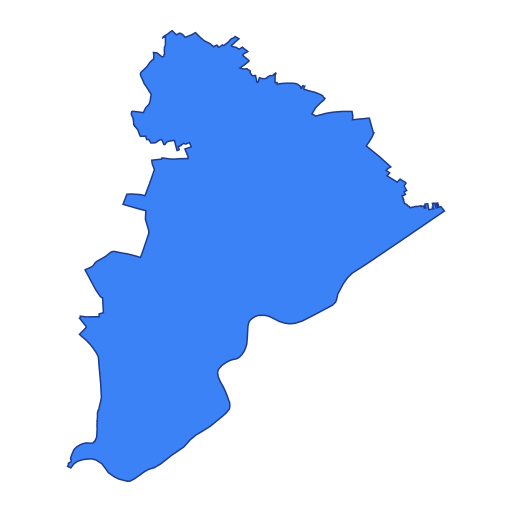 Sancraiu De Mures, Mures, Romania (Robinson projection)
{"feature_id": "2599482B65716467004344", "entity_name": "Sancraiu De Mures", "entity_type": "district", "adm_level": 2, "iso_a3": "ROU", "parent_name": "Romania", "parent_adm1": "Mures", "projection": "robinson", "projection_center": [24.501, 46.544], "detail": "fine", "context": "isolated", "style": "filled", "palette": "blue", "viewbox_px": 512, "rotation_deg": 0, "n_neighbors": 0, "source": "geoboundaries", "source_scale": "gbopen_adm2", "svg_char_len": 5881}
<svg xmlns="http://www.w3.org/2000/svg" viewBox="0 0 512 512"><path d="M70.8,467.9L73.8,464.0L77.5,461.3L83.1,459.6L88.3,459.0L92.0,458.9L96.0,460.0L101.7,463.6L105.5,468.5L108.2,472.5L114.4,476.9L119.0,479.1L127.5,481.3L129.9,481.2L134.5,478.8L144.9,471.4L149.0,469.2L154.3,467.7L160.9,463.8L171.6,455.3L183.8,447.0L190.1,439.9L196.1,434.9L202.9,430.9L210.2,426.3L222.8,416.0L226.7,412.4L229.3,409.1L229.9,406.2L229.7,402.8L228.6,400.1L227.1,395.6L225.5,391.6L223.4,387.1L220.4,381.8L218.3,377.0L217.6,373.3L217.9,370.7L218.9,368.8L220.2,367.3L222.2,365.2L226.3,362.4L230.3,360.3L233.1,359.5L236.2,358.9L237.9,358.2L239.9,356.7L241.9,354.5L243.9,351.7L245.5,348.3L246.8,343.9L247.3,337.8L247.9,326.8L248.3,324.4L249.0,321.9L250.5,319.9L252.2,318.4L254.8,316.7L257.8,315.5L261.5,315.3L265.2,315.4L268.6,316.2L272.4,317.9L279.4,321.5L285.0,323.2L289.8,323.8L295.1,323.3L302.1,321.1L314.4,314.8L332.6,305.1L335.6,302.1L336.7,299.3L337.8,294.0L343.3,283.7L347.8,277.4L352.3,273.1L365.6,264.6L403.7,238.8L444.4,211.0L440.9,206.6L439.0,207.2L437.7,203.0L436.5,203.3L437.7,207.6L436.2,208.0L434.9,203.2L433.8,203.5L433.7,203.2L432.4,203.4L433.3,206.9L432.3,207.1L432.8,208.7L433.0,208.8L428.8,209.7L427.7,203.7L424.9,204.2L425.6,208.0L424.4,208.2L423.8,206.0L421.5,206.5L421.2,205.8L416.4,206.6L416.3,206.4L410.0,207.7L409.3,206.6L407.3,205.5L407.0,204.7L404.6,203.5L403.3,199.6L403.6,199.5L402.1,195.8L404.3,195.1L405.4,194.5L404.1,191.8L406.7,190.5L405.0,187.7L404.4,186.5L404.4,186.0L404.4,185.6L404.7,184.9L405.9,183.6L405.8,182.8L405.5,182.4L404.5,181.8L402.7,180.8L400.1,179.1L397.2,182.1L387.0,175.8L389.7,172.9L386.2,170.5L387.1,169.4L388.3,168.3L390.8,166.9L379.5,156.7L366.3,146.0L369.3,141.6L371.7,137.6L372.3,136.6L373.9,132.8L373.5,132.7L373.2,132.1L370.3,121.7L369.4,118.2L366.1,118.3L365.6,118.5L357.8,119.2L352.4,119.8L352.8,117.5L352.7,115.2L352.0,111.4L343.0,111.4L335.0,112.0L331.4,112.4L326.1,113.3L315.6,116.1L313.7,114.8L311.9,113.9L315.2,108.5L316.8,106.5L321.0,102.4L324.0,99.9L325.0,98.4L323.4,97.2L322.6,95.7L320.4,94.5L315.6,92.5L307.9,90.5L304.1,89.2L303.8,88.8L303.9,87.9L304.8,86.2L302.9,85.7L302.3,86.3L301.7,87.3L301.8,88.0L301.3,88.3L300.8,88.1L300.5,86.9L299.6,85.7L297.2,84.0L295.6,83.6L293.3,83.2L286.4,83.2L282.2,83.4L278.3,84.0L277.3,84.3L277.1,82.5L275.2,82.7L275.0,81.1L275.1,75.7L275.8,73.6L275.9,73.2L275.7,73.0L273.4,74.7L273.3,75.1L272.6,75.6L270.1,75.6L268.0,76.7L266.7,77.8L266.7,78.1L265.6,78.5L264.2,78.7L261.8,78.5L259.5,77.7L258.9,79.1L258.8,80.0L258.2,81.6L257.5,82.3L257.1,82.3L256.8,82.1L256.7,81.4L256.6,80.3L256.2,78.4L255.7,77.2L255.7,75.7L255.4,75.4L253.5,75.8L252.7,75.8L252.1,75.6L251.4,74.4L249.9,72.5L250.3,71.2L249.8,70.6L249.3,70.2L248.5,70.1L247.0,68.6L244.0,69.1L239.9,68.0L242.5,66.1L244.3,65.0L249.0,61.1L249.0,60.7L248.6,60.2L244.5,56.9L243.0,55.5L242.7,55.0L242.8,54.8L244.4,53.3L246.4,52.5L247.8,51.5L243.9,48.5L242.5,47.1L239.2,49.2L236.0,47.3L233.8,46.9L232.2,46.5L231.6,46.1L231.5,45.4L233.3,43.9L235.1,42.1L239.0,38.8L238.3,38.3L235.1,36.5L234.5,37.3L233.6,37.9L232.4,38.3L231.2,38.9L229.9,40.2L228.8,41.6L223.8,45.6L222.3,44.9L220.0,46.7L219.3,47.1L218.6,47.2L218.1,47.0L217.7,46.5L217.7,45.6L217.4,45.3L216.6,45.2L215.3,45.7L213.8,46.8L210.1,43.7L204.0,40.6L200.9,37.9L197.6,34.9L197.6,34.7L195.5,32.6L191.1,35.0L185.2,37.3L182.8,34.7L181.1,33.6L179.7,33.1L176.3,34.8L172.2,30.7L170.4,31.8L168.0,33.8L164.6,35.8L163.0,37.1L162.9,37.7L163.6,37.3L164.5,37.1L165.4,37.1L165.4,45.2L164.4,47.6L164.3,51.8L164.6,53.8L164.0,54.5L164.0,55.7L163.8,56.2L163.2,56.6L162.0,56.8L157.0,52.9L153.4,52.5L153.8,55.3L153.7,57.3L153.4,59.2L153.1,59.6L151.7,60.5L150.3,61.9L148.3,64.6L147.7,65.8L145.2,68.4L141.5,71.8L140.9,72.5L140.6,73.2L140.4,74.0L140.5,74.9L140.8,76.0L143.8,82.4L143.9,83.2L144.7,84.4L145.9,86.0L148.2,89.5L149.1,91.2L150.8,93.7L151.2,94.9L150.7,97.2L150.1,101.4L149.3,103.6L148.6,104.7L145.8,107.7L145.2,108.7L143.4,112.6L135.9,111.6L132.5,111.3L131.6,111.8L131.3,114.1L132.0,116.0L132.8,117.5L133.5,120.7L133.7,124.7L134.3,125.5L134.6,126.3L135.4,126.4L135.6,127.2L137.6,129.5L138.2,130.8L139.3,134.1L140.4,136.3L145.7,136.2L146.6,139.5L148.8,139.5L150.9,143.0L155.0,142.9L156.0,142.4L159.9,139.8L161.5,139.6L162.8,141.6L163.2,143.1L163.9,144.6L164.9,144.6L165.7,143.3L167.0,141.8L169.7,141.1L174.4,140.4L177.0,150.5L179.2,149.8L178.3,146.6L181.0,145.6L181.3,144.8L182.2,144.5L183.1,143.7L183.8,143.3L185.4,144.1L186.5,143.8L189.3,142.6L190.1,144.0L191.2,146.9L184.9,149.0L188.0,156.4L188.1,158.5L179.3,158.7L175.1,159.1L170.0,159.0L163.2,158.0L161.9,158.0L162.0,158.6L161.5,159.1L151.7,160.2L152.3,164.0L154.4,169.6L149.3,184.3L147.0,190.3L145.0,195.7L140.6,194.6L131.9,194.0L126.9,194.2L123.0,204.3L138.7,208.9L145.9,210.7L145.7,212.6L145.4,219.3L148.3,229.1L148.8,231.0L148.8,232.4L148.7,233.6L142.6,251.8L140.5,257.4L133.6,255.4L126.7,253.7L122.5,253.1L114.3,251.4L112.7,251.5L111.4,251.9L110.3,252.6L105.6,256.4L97.2,261.1L95.3,262.6L93.0,265.9L92.3,266.4L90.1,267.6L85.2,269.7L85.1,270.0L95.8,289.9L100.2,296.4L102.2,297.9L102.6,298.0L103.4,312.7L99.1,313.9L99.2,316.7L86.0,316.9L81.7,316.3L80.3,316.2L80.4,317.5L79.5,318.1L84.2,324.0L85.9,326.1L86.4,327.0L85.2,328.5L79.5,334.3L81.4,336.2L86.8,340.7L88.1,342.3L90.7,344.9L91.3,345.8L93.5,348.6L96.1,352.5L98.2,356.4L98.6,359.3L99.0,365.4L100.7,384.2L101.4,397.4L100.5,402.0L99.4,406.3L99.0,408.7L98.8,409.5L98.3,410.0L97.8,411.3L97.4,413.3L97.5,415.4L97.4,418.2L97.2,419.1L97.4,420.1L97.2,420.6L96.9,421.0L96.9,421.3L97.2,421.6L97.2,423.0L97.0,423.3L97.0,427.9L97.2,428.6L97.1,429.1L97.1,430.0L97.0,430.6L96.9,434.3L96.6,434.8L96.8,436.4L96.3,438.0L95.3,440.1L95.0,441.4L94.3,441.3L93.2,442.8L92.5,443.1L90.9,443.2L86.8,442.9L85.1,443.1L82.6,443.8L80.9,444.4L77.0,446.6L74.5,449.0L73.7,450.2L71.7,454.8L70.5,458.4L71.3,460.7L70.9,461.9L68.7,463.0L68.3,463.7L68.5,464.4L67.6,466.4L70.8,467.9Z" fill="#3b82f6" stroke="#1e3a8a" stroke-width="1.5"/></svg>